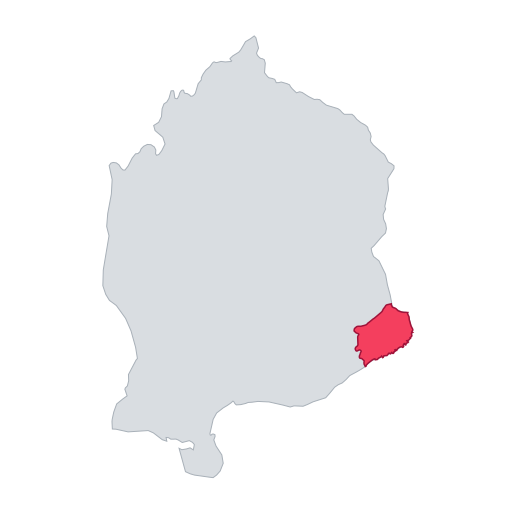 Romania, with Botosani highlighted, rotated 88°
{"feature_id": "ROU-287", "entity_name": "Botosani", "entity_type": "County", "adm_level": 1, "iso_a3": "ROU", "parent_name": "Romania", "parent_adm1": "", "projection": "mercator", "projection_center": [26.907, 47.851], "detail": "fine", "context": "in_parent", "style": "filled", "palette": "rose", "viewbox_px": 512, "rotation_deg": 88, "n_neighbors": 0, "source": "natural_earth", "source_scale": "10m", "svg_char_len": 5605}
<svg xmlns="http://www.w3.org/2000/svg" viewBox="0 0 512 512"><g transform="rotate(88 256 256)"><path d="M406.6,294.0L411.5,300.8L417.7,304.5L432.1,308.3L433.4,307.9L433.5,307.1L432.5,306.1L432.4,304.9L433.1,303.3L435.0,303.2L438.3,304.6L444.5,302.6L453.6,297.1L462.0,296.0L469.6,299.3L473.5,303.0L476.0,306.6L475.3,311.0L474.8,313.7L472.8,325.1L471.4,329.3L469.1,334.0L445.5,339.6L447.0,336.9L446.4,332.2L445.4,328.6L447.6,325.4L442.3,324.2L440.0,326.0L438.2,329.1L439.8,336.2L437.2,340.1L436.2,342.3L436.1,347.5L434.5,349.8L434.2,352.2L438.0,351.6L436.3,356.1L429.2,364.7L426.7,369.8L427.3,390.0L424.2,402.0L423.9,405.6L416.4,405.7L414.2,405.4L407.0,403.6L399.0,400.4L394.3,394.2L391.3,389.7L384.6,391.7L383.3,391.2L381.4,389.1L376.3,387.6L370.0,387.6L355.8,379.5L354.3,378.1L343.1,379.5L326.5,383.5L313.8,388.5L300.6,397.3L295.3,404.0L289.1,407.5L280.3,410.1L264.6,409.1L248.3,405.8L230.7,402.2L221.3,404.2L208.4,402.7L189.1,398.4L174.7,397.1L160.5,399.6L158.1,397.7L157.5,395.4L158.1,392.3L160.1,389.8L163.5,387.8L165.4,385.9L165.5,383.9L161.7,380.7L153.8,376.3L150.5,373.5L149.7,372.8L149.5,370.4L147.8,368.4L144.8,367.0L142.4,364.4L140.7,360.7L141.1,357.1L143.5,353.8L146.6,352.4L150.3,352.8L151.9,351.9L151.2,349.6L147.6,346.6L140.9,343.0L134.0,345.0L127.1,352.5L122.0,353.7L119.0,348.6L113.5,345.6L105.6,344.7L100.8,342.7L99.0,339.8L95.5,337.5L88.0,335.1L87.9,332.8L89.1,332.3L91.8,332.0L95.4,331.6L96.0,330.3L96.0,329.1L93.2,327.5L90.3,326.5L88.8,325.5L87.8,324.3L87.6,323.1L88.5,322.3L89.6,322.3L90.8,321.6L91.4,318.8L93.0,316.5L94.1,315.7L94.0,314.0L92.9,312.4L91.3,311.0L89.0,310.2L81.8,307.8L78.1,304.5L75.9,304.4L72.3,302.5L68.5,299.6L65.2,295.5L61.6,292.8L60.7,291.7L60.6,290.7L61.3,289.5L61.3,288.3L60.3,284.2L61.0,279.9L60.8,275.9L60.8,274.1L60.1,273.5L59.5,274.2L58.6,274.9L57.7,275.1L55.1,272.1L51.7,266.1L49.5,264.1L45.1,261.3L41.4,259.0L38.7,254.0L36.0,250.1L37.8,248.5L48.3,246.2L53.3,248.4L55.5,247.6L57.6,245.8L58.8,244.3L59.0,242.8L60.1,240.9L63.6,240.0L73.1,241.1L76.9,238.4L78.3,237.0L79.1,233.7L80.1,231.1L83.5,229.7L83.5,227.3L83.0,224.7L84.9,218.9L86.1,216.5L88.0,215.6L90.3,213.8L94.3,209.9L93.4,206.6L94.2,204.1L98.4,198.1L101.6,192.3L101.5,189.4L102.0,186.8L104.8,184.0L107.7,180.4L111.6,169.0L113.0,167.1L115.6,164.9L117.5,162.8L117.7,155.2L119.5,153.1L122.9,150.6L126.3,146.7L129.1,142.0L131.2,139.9L134.1,139.3L137.1,137.5L140.6,136.8L143.9,137.7L146.0,137.2L149.2,134.9L157.3,126.4L158.5,124.7L160.2,123.5L166.8,120.5L168.4,117.6L170.7,114.9L173.6,115.1L183.2,121.7L193.5,121.3L195.3,121.5L195.9,121.7L197.2,122.2L210.8,125.5L212.9,125.1L213.5,124.8L219.0,127.5L223.8,127.2L228.4,125.3L233.2,124.7L237.6,125.8L241.0,129.6L249.7,137.6L252.3,140.6L256.2,140.1L260.6,138.6L265.1,133.3L278.8,127.2L289.3,125.7L299.5,123.3L311.3,121.5L314.7,116.5L316.6,113.1L317.9,106.8L324.3,105.0L330.3,103.7L332.5,102.9L336.9,102.6L340.3,103.2L345.6,106.3L349.3,110.2L350.8,113.3L354.0,117.7L357.3,123.8L360.9,132.0L361.8,136.1L363.1,140.5L365.9,146.0L371.1,151.9L371.8,153.1L374.2,157.3L378.8,166.5L382.6,170.3L385.9,174.3L387.5,178.3L389.9,182.0L395.5,186.9L400.1,191.3L403.7,204.0L406.2,209.8L407.8,214.2L407.1,223.2L408.1,227.1L406.0,234.0L402.3,248.1L401.4,259.2L402.0,265.2L402.1,269.0L403.0,271.5L404.0,276.5L404.1,280.9L402.8,282.2L400.9,283.2L400.2,284.1L401.9,286.1L404.3,289.8L406.6,294.0Z" fill="#d9dde1" stroke="#a8b0b8" stroke-width="1"/><path d="M335.7,101.9L336.8,102.8L337.3,102.9L337.8,102.1L338.3,103.2L339.2,103.4L341.1,103.0L341.9,103.4L343.0,104.8L343.5,104.4L345.5,106.5L345.7,107.0L345.9,108.2L346.4,107.9L346.9,107.1L347.3,106.7L347.9,107.3L348.2,108.1L348.5,108.8L350.1,109.4L350.1,110.0L349.6,110.5L348.7,110.6L348.7,111.0L349.9,111.8L350.8,112.1L351.4,111.6L351.8,111.8L352.2,112.1L352.4,112.5L352.4,112.9L351.9,113.5L351.8,113.9L352.2,115.6L353.0,117.0L354.1,118.0L355.3,118.7L355.3,119.2L354.4,119.6L354.4,119.9L354.5,120.2L354.6,120.4L354.7,120.6L355.9,120.1L356.5,121.0L356.9,121.9L357.5,121.6L358.1,122.2L358.1,122.8L357.8,123.4L357.2,123.9L358.2,124.7L358.5,124.9L358.5,125.0L358.5,125.3L357.7,126.4L358.2,127.1L359.2,127.7L360.1,128.7L360.1,129.0L360.1,131.1L360.1,131.6L360.6,131.9L361.1,132.1L361.6,132.3L362.0,132.9L360.4,133.9L361.0,134.4L361.6,135.4L362.1,136.4L362.3,137.0L362.5,137.3L363.3,137.9L363.6,138.2L363.6,138.3L363.8,138.9L363.7,139.6L363.9,140.1L363.9,140.5L362.9,140.8L363.3,142.3L364.4,144.1L367.4,148.1L368.7,149.4L370.1,150.0L370.3,150.6L367.7,151.8L365.8,151.8L365.1,151.6L364.5,151.6L364.0,152.0L363.2,152.9L362.7,153.3L362.4,153.7L362.1,154.2L361.9,155.4L361.6,155.9L361.0,156.2L359.7,156.2L359.1,156.0L358.3,155.6L357.5,155.3L356.2,154.9L355.4,154.4L355.0,154.2L354.5,154.3L354.0,154.7L353.7,155.2L353.5,155.7L353.6,156.3L354.4,158.1L354.5,158.7L354.3,159.2L353.8,159.6L352.8,160.0L352.1,160.1L351.2,159.8L350.6,159.4L350.2,158.9L349.5,157.9L349.1,157.6L348.7,157.4L348.2,157.2L340.4,157.2L339.7,157.0L339.2,156.7L338.3,156.1L337.8,156.0L337.4,156.2L337.1,156.7L336.9,157.4L336.2,158.8L334.3,160.6L332.4,160.3L331.9,160.0L331.3,159.4L330.1,157.8L329.9,157.1L329.8,156.3L329.8,155.5L329.9,154.5L329.9,153.6L329.1,150.0L328.7,148.5L328.2,147.7L326.7,146.2L326.1,145.2L323.1,141.3L322.2,139.8L316.9,133.1L315.8,131.9L313.4,130.6L311.5,129.0L310.3,128.2L309.6,127.5L309.3,126.7L308.5,122.5L309.6,122.5L311.8,121.5L312.2,120.8L313.2,118.4L313.8,117.7L315.0,116.6L315.6,116.0L316.3,114.5L317.1,112.3L317.5,110.1L317.5,108.5L317.8,106.2L318.2,106.4L319.1,106.5L319.9,106.2L321.4,105.5L322.2,105.2L324.4,105.1L325.2,105.0L331.0,103.6L332.4,103.0L334.7,101.9L335.7,101.9Z" fill="#f43f5e" stroke="#9f1239" stroke-width="1.5"/></g></svg>